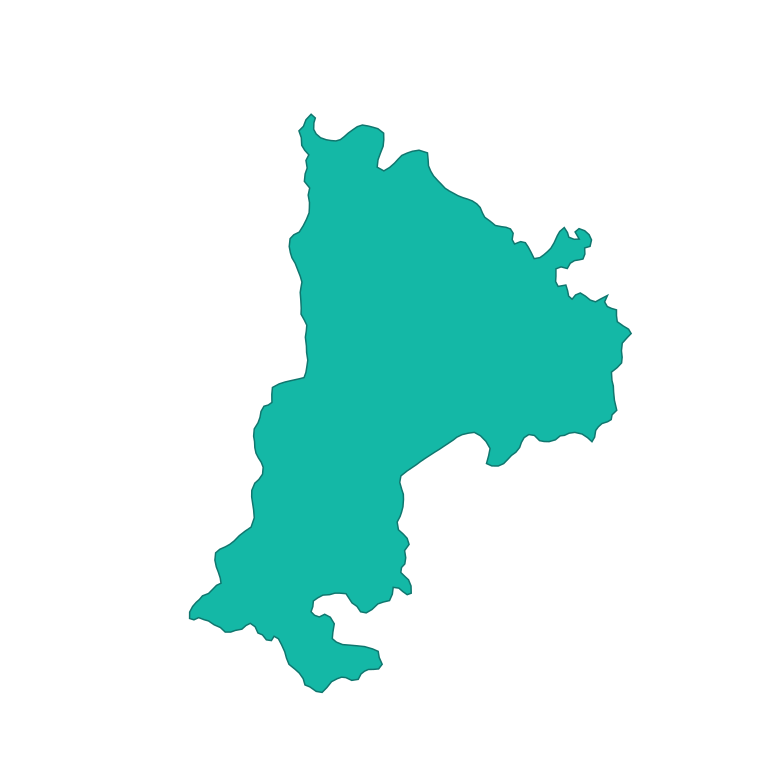 the district of Papagaios, Minas Gerais, Brazil, rotated 344°
{"feature_id": "56859067B20043946270672", "entity_name": "Papagaios", "entity_type": "district", "adm_level": 2, "iso_a3": "BRA", "parent_name": "Brazil", "parent_adm1": "Minas Gerais", "projection": "robinson", "projection_center": [-44.693, -19.372], "detail": "fine", "context": "isolated", "style": "filled", "palette": "teal", "viewbox_px": 768, "rotation_deg": 344, "n_neighbors": 0, "source": "geoboundaries", "source_scale": "gbopen_adm2", "svg_char_len": 4623}
<svg xmlns="http://www.w3.org/2000/svg" viewBox="0 0 768 768"><g transform="rotate(344 384 384)"><path d="M391.3,109.4L388.3,104.6L381.8,108.5L377.6,114.1L372.0,117.2L372.4,124.4L370.7,131.9L372.2,137.4L374.9,143.0L370.6,147.6L369.7,155.2L366.1,160.3L363.3,167.3L366.6,175.1L363.2,181.5L362.4,189.0L360.8,194.2L359.2,198.8L354.9,204.3L350.0,209.6L344.4,214.6L338.4,215.7L333.8,218.4L330.8,225.7L330.2,232.1L330.3,237.3L331.9,243.5L332.5,250.0L333.2,257.4L333.2,263.4L330.9,268.1L328.7,272.9L327.1,280.7L325.3,288.4L323.5,294.0L325.1,300.9L326.0,306.2L323.9,311.7L321.3,317.3L319.9,326.1L318.3,332.4L317.3,340.1L314.6,346.1L312.1,351.4L308.9,355.8L303.3,355.6L295.3,355.1L289.4,354.8L283.2,355.0L275.8,356.6L273.3,363.1L271.2,370.8L267.0,372.3L262.5,372.3L258.2,376.5L255.6,381.9L252.2,386.6L246.9,391.4L244.3,398.2L243.7,403.6L242.3,409.6L241.9,415.2L242.9,420.3L244.4,425.3L244.9,430.7L242.4,437.2L237.4,441.3L232.5,443.7L227.6,449.8L225.7,456.0L224.9,462.0L224.0,468.9L222.4,476.9L216.8,484.9L209.8,487.2L203.1,489.9L196.8,493.5L191.7,495.6L186.5,496.8L180.6,497.6L175.6,499.9L172.9,506.7L172.4,513.6L172.9,519.2L173.1,525.5L172.4,530.6L167.5,531.4L162.6,534.2L157.6,537.0L151.1,537.6L147.1,540.3L143.3,542.1L138.7,545.1L134.3,549.7L132.5,555.8L136.3,558.3L141.5,557.5L146.0,560.9L150.0,563.4L154.3,568.6L159.6,573.0L163.0,578.7L168.2,580.2L173.3,579.9L179.8,580.5L184.8,578.1L189.5,577.2L193.2,581.8L194.2,588.6L198.0,591.6L200.4,597.5L205.0,599.6L208.8,596.2L212.3,599.8L213.7,606.6L214.8,614.1L214.7,620.6L215.4,627.3L220.0,633.9L222.9,638.6L225.1,645.0L225.1,651.5L229.2,654.7L234.1,660.8L239.5,663.4L245.5,660.0L251.5,655.7L257.8,654.4L262.4,654.1L266.4,655.7L271.3,660.0L277.8,660.8L282.0,656.4L286.1,654.7L290.3,654.1L295.1,655.4L300.3,656.4L305.0,652.9L304.0,645.6L304.7,639.4L300.0,635.5L293.0,631.1L286.1,628.3L279.4,625.7L272.4,623.1L267.1,619.0L264.1,614.5L266.4,608.6L270.1,600.8L268.1,593.4L263.5,589.0L257.6,590.1L253.5,587.2L251.1,582.8L254.2,578.4L256.3,573.1L261.4,571.3L267.1,570.1L273.7,571.5L279.1,571.5L283.7,572.8L289.7,575.1L291.5,581.0L292.9,585.6L296.7,590.3L298.7,596.5L303.8,599.1L310.2,597.5L317.5,593.7L323.3,593.4L329.6,593.7L334.1,588.3L336.8,582.0L342.0,584.3L344.8,588.6L348.2,592.9L352.5,592.6L354.3,585.6L353.6,579.0L351.1,574.9L348.2,569.8L350.3,565.2L354.4,562.7L357.0,557.0L357.9,549.8L363.9,545.1L363.7,538.7L361.2,533.7L357.7,528.1L358.6,520.3L363.0,515.7L365.5,512.1L368.4,507.2L370.9,500.4L372.2,495.3L372.0,490.4L372.0,482.9L374.9,477.0L382.3,473.9L388.2,472.0L393.1,470.4L397.4,468.7L403.1,466.8L408.7,465.1L413.9,463.5L419.3,462.0L424.2,460.4L429.6,458.7L435.2,456.9L439.3,455.2L445.2,454.2L451.6,454.5L457.5,455.4L462.5,460.4L466.2,467.3L468.2,475.2L464.8,481.8L460.6,488.7L465.1,492.5L471.3,494.3L477.1,493.5L482.5,490.4L486.8,487.8L492.0,485.9L496.9,482.4L500.0,478.0L503.9,474.2L509.3,472.5L514.4,474.9L517.9,481.3L522.0,483.4L526.8,484.9L533.4,484.9L539.1,482.4L543.4,483.1L548.4,482.3L554.1,483.1L560.6,486.7L564.9,491.7L568.0,496.8L571.8,493.2L574.7,487.0L578.3,484.2L582.6,482.1L588.6,481.9L592.6,480.8L594.7,476.5L600.5,473.4L601.0,463.2L602.5,455.0L603.9,449.1L604.1,443.4L605.9,435.3L612.7,432.5L618.2,429.2L620.3,423.9L621.4,417.5L624.3,410.4L631.0,406.2L635.5,403.6L634.2,398.7L629.9,394.1L625.4,388.4L626.3,382.4L627.9,376.8L623.6,374.1L620.0,371.1L618.7,365.9L623.2,360.5L615.1,362.1L610.0,363.3L605.4,360.2L601.8,355.0L597.8,350.6L592.7,351.2L588.2,354.3L585.7,350.4L586.2,345.0L586.1,339.0L578.3,338.2L577.2,332.8L579.0,327.7L581.0,320.7L586.4,320.2L592.0,323.5L596.4,319.2L601.2,317.9L605.5,318.4L609.7,318.7L612.9,314.5L614.4,308.5L620.0,308.5L623.2,302.7L622.3,297.0L619.2,292.0L614.3,288.4L609.6,290.5L611.6,298.5L606.6,297.3L602.1,293.8L602.1,289.0L600.4,283.3L595.0,285.8L591.5,289.2L586.4,295.2L581.8,299.5L577.7,301.8L573.2,303.9L568.7,305.5L562.9,304.9L561.6,297.7L560.3,291.8L558.8,287.1L554.6,284.8L548.1,285.4L547.0,280.5L549.7,274.7L548.3,269.8L544.5,267.0L540.4,265.2L534.7,262.3L530.8,256.6L526.8,251.5L525.8,246.9L525.1,240.9L522.9,236.5L519.4,232.4L515.3,229.3L511.3,226.7L507.0,223.4L503.9,220.3L499.9,216.4L496.7,212.7L494.6,208.6L491.7,203.2L489.0,197.7L487.6,192.4L486.9,186.5L488.2,180.7L489.5,173.8L482.1,168.9L475.4,168.1L469.8,168.4L464.1,169.2L459.7,171.7L455.0,174.6L449.1,177.4L442.6,179.1L437.2,173.7L440.0,166.9L444.2,161.1L448.7,155.2L451.1,149.2L452.8,142.8L448.5,136.9L444.4,134.3L440.0,131.7L434.6,129.1L429.2,129.3L424.7,130.8L418.9,132.9L413.7,135.4L409.4,137.1L404.8,137.1L400.2,135.4L395.8,133.3L390.9,129.8L387.7,124.9L386.6,119.8L388.6,113.6L391.3,109.4Z" fill="#14b8a6" stroke="#0f766e" stroke-width="1.5"/></g></svg>